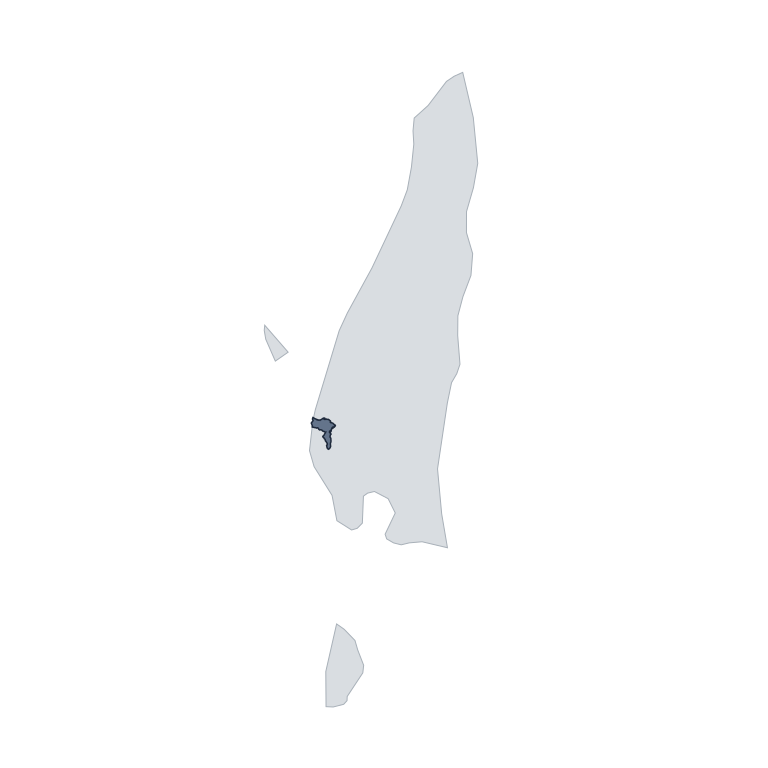 Liquiçá, Liquica, East Timor (highlighted), rotated 298°
{"feature_id": "22284137B50300896823957", "entity_name": "Liquiçá", "entity_type": "district", "adm_level": 2, "iso_a3": "TLS", "parent_name": "East Timor", "parent_adm1": "Liquica", "projection": "albers", "projection_center": [125.317, -8.659], "detail": "fine", "context": "in_parent", "style": "filled", "palette": "slate", "viewbox_px": 768, "rotation_deg": 298, "n_neighbors": 0, "source": "geoboundaries", "source_scale": "gbopen_adm2", "svg_char_len": 5341}
<svg xmlns="http://www.w3.org/2000/svg" viewBox="0 0 768 768"><g transform="rotate(298 384 384)"><path d="M269.2,516.9L262.6,491.7L255.6,480.9L250.1,474.7L248.2,467.1L248.5,459.1L251.9,455.5L275.4,454.5L284.7,441.5L284.6,426.0L279.9,420.7L275.3,418.5L251.0,430.2L244.0,428.1L239.9,423.9L241.2,406.6L261.3,390.4L278.2,361.1L290.2,349.5L318.0,338.5L329.2,335.4L410.1,319.4L429.5,318.3L480.8,318.9L549.4,315.6L566.4,313.4L588.4,306.4L609.8,297.7L621.1,290.8L633.0,285.8L650.6,292.2L680.5,297.1L688.6,301.4L696.1,307.2L661.1,337.8L622.8,363.2L599.3,370.8L575.0,375.9L556.4,385.7L540.7,401.1L520.7,409.8L498.1,412.7L478.9,417.2L461.4,426.3L437.1,441.8L427.3,443.4L416.9,443.0L396.8,448.9L334.2,471.1L296.4,495.9L269.2,516.9ZM71.9,484.3L102.8,467.6L149.9,454.8L148.7,464.1L143.9,478.8L136.8,485.7L126.1,498.1L119.0,500.9L90.8,498.2L87.1,500.0L82.3,498.8L75.0,490.8L71.9,484.3ZM379.9,251.1L367.1,284.4L353.2,277.3L368.0,258.6L375.1,253.1L379.9,251.1Z" fill="#d9dde1" stroke="#a8b0b8" stroke-width="1"/><path d="M321.1,337.0L320.7,337.0L320.4,337.1L320.0,337.2L319.7,337.2L319.3,337.4L319.2,337.6L319.1,337.8L318.8,338.1L318.5,338.5L318.4,338.6L318.1,338.6L317.4,338.4L317.1,338.4L316.9,338.3L316.3,338.3L315.6,338.1L315.3,338.2L315.2,338.3L315.0,338.5L314.6,339.1L314.4,339.3L313.9,339.8L313.5,340.3L313.2,340.6L312.9,340.7L312.4,340.7L312.4,341.0L312.4,341.5L312.8,342.4L312.9,343.1L313.1,343.6L313.3,344.0L313.4,344.7L313.4,345.1L313.5,345.2L313.6,345.4L313.9,345.5L314.0,345.6L314.1,345.8L314.2,346.1L314.2,346.3L314.0,346.8L313.8,347.0L313.5,347.6L313.4,347.7L313.5,348.0L313.5,348.4L313.4,348.5L313.2,348.6L313.2,348.8L313.4,349.0L313.7,349.3L313.9,349.6L314.0,350.0L314.0,350.3L314.1,350.5L314.1,350.8L314.0,351.2L314.0,351.3L313.9,351.4L313.8,351.6L313.7,351.7L313.7,351.9L313.7,352.0L313.7,352.4L313.8,352.6L313.9,352.9L313.9,353.2L313.9,353.4L313.8,353.6L313.9,353.8L314.0,353.9L314.1,354.0L313.9,354.5L313.9,354.8L313.7,355.0L313.8,355.1L313.6,355.1L313.4,355.2L313.1,355.1L311.7,355.0L310.9,355.1L310.5,355.0L310.1,355.0L309.6,354.8L309.4,354.6L309.1,354.5L308.9,354.7L308.8,354.8L308.6,354.9L308.3,355.6L308.2,356.5L307.9,356.8L307.7,356.9L307.6,357.1L307.6,357.3L307.6,357.6L307.5,357.8L307.4,358.1L307.2,358.3L306.9,358.4L306.8,358.7L306.5,358.9L306.3,359.0L306.2,359.1L306.1,359.6L306.0,360.0L305.9,360.1L305.6,360.5L305.3,360.9L305.1,361.6L305.0,361.8L304.9,361.8L304.6,361.9L304.4,362.1L304.2,362.3L303.8,362.4L303.7,362.4L303.4,362.4L303.3,362.2L303.2,362.2L302.8,362.2L302.7,362.2L302.5,362.4L302.3,362.7L302.1,362.8L301.7,363.0L301.5,363.3L301.3,363.4L301.2,363.5L301.1,363.8L300.8,363.9L300.7,364.0L300.6,364.3L300.6,364.5L300.4,364.9L300.3,365.0L300.4,365.3L300.4,365.8L300.7,365.9L301.0,366.0L301.7,366.2L301.9,366.3L302.1,366.3L302.3,366.3L302.8,366.3L303.0,366.3L303.5,366.2L303.8,366.2L304.3,365.9L304.7,365.6L304.9,365.5L305.1,365.3L305.2,365.2L305.7,365.0L306.2,364.7L306.4,364.6L306.6,364.5L306.9,364.4L307.7,364.4L308.0,364.3L308.7,364.0L308.9,363.9L309.1,363.7L309.4,363.6L310.0,363.2L310.3,363.0L310.7,362.8L310.9,362.7L311.3,362.2L311.5,362.0L311.7,361.4L311.8,361.3L312.0,361.1L312.3,361.0L312.7,361.0L313.1,360.8L313.2,360.7L313.5,360.5L314.1,360.7L314.3,360.7L314.7,360.8L314.8,360.8L314.9,360.7L315.0,360.5L315.0,360.4L314.9,360.2L315.0,360.0L315.1,359.9L315.3,359.9L315.5,359.9L315.6,359.6L315.6,359.3L315.6,359.0L315.6,358.8L315.7,358.7L315.8,358.6L316.0,358.6L316.2,358.8L316.4,358.9L316.4,359.0L316.5,358.9L316.7,358.7L316.7,358.4L316.5,358.2L316.8,358.1L317.0,358.3L317.7,358.6L317.6,358.8L317.4,358.8L317.1,359.1L317.3,359.3L317.5,359.3L317.7,359.5L317.8,359.5L318.0,359.3L318.1,359.2L318.3,359.1L318.9,359.0L319.1,358.9L319.4,358.8L319.6,358.8L319.8,358.9L320.1,359.1L320.3,359.1L320.3,358.8L320.2,358.8L320.3,358.7L320.5,358.6L320.8,358.7L320.9,358.9L320.9,359.0L320.7,359.2L320.7,359.3L320.7,359.5L320.8,359.6L321.1,359.7L321.3,359.6L321.5,359.4L321.5,359.2L321.8,359.0L322.0,359.2L322.2,359.3L322.3,359.4L322.2,359.7L322.2,359.8L322.3,360.0L322.6,360.1L322.8,360.2L322.8,360.4L323.0,360.4L323.3,360.4L323.5,360.3L323.7,360.2L323.8,360.2L323.8,360.3L323.8,360.6L324.0,360.6L324.3,360.5L324.4,360.4L324.5,360.5L324.6,360.4L324.8,360.2L324.8,359.9L324.7,359.9L324.5,359.7L324.6,359.4L324.7,359.2L324.8,358.9L325.1,358.4L325.1,358.1L325.3,357.5L325.4,357.1L325.2,356.3L325.2,355.9L325.1,355.7L325.2,355.4L324.9,355.2L325.0,354.9L325.3,354.8L325.4,354.7L325.3,354.4L325.9,354.3L326.1,354.2L326.2,353.9L326.3,353.8L326.3,353.6L326.3,353.2L326.5,352.6L326.6,352.3L326.6,351.9L326.5,351.6L326.6,351.3L326.5,351.2L326.3,350.7L326.0,350.3L325.9,350.1L325.9,349.9L326.0,349.6L326.0,349.4L325.9,349.3L325.6,349.1L325.4,349.0L325.1,348.7L324.9,348.3L324.8,348.0L324.8,347.8L324.8,347.7L325.2,347.6L325.4,347.7L325.7,347.9L325.8,348.0L325.9,347.9L326.0,347.8L326.0,347.7L325.9,347.2L325.7,346.9L325.5,346.6L325.3,346.4L325.2,346.4L325.0,346.5L325.0,346.4L324.9,346.3L324.6,346.0L324.2,345.8L323.9,345.7L323.7,345.6L323.2,345.3L322.7,344.9L322.4,344.7L322.1,344.7L321.9,344.6L322.0,344.2L321.8,343.7L321.4,343.1L321.2,343.0L321.1,342.9L321.1,342.7L321.3,342.5L321.4,342.3L321.4,342.2L321.3,341.9L321.1,341.8L320.9,341.6L320.9,341.4L321.0,341.1L321.1,340.9L321.1,340.2L321.0,339.7L320.9,339.3L321.0,338.8L321.0,338.2L321.1,337.6L321.1,337.4L321.1,337.0Z" fill="#64748b" stroke="#1e293b" stroke-width="1.5"/></g></svg>